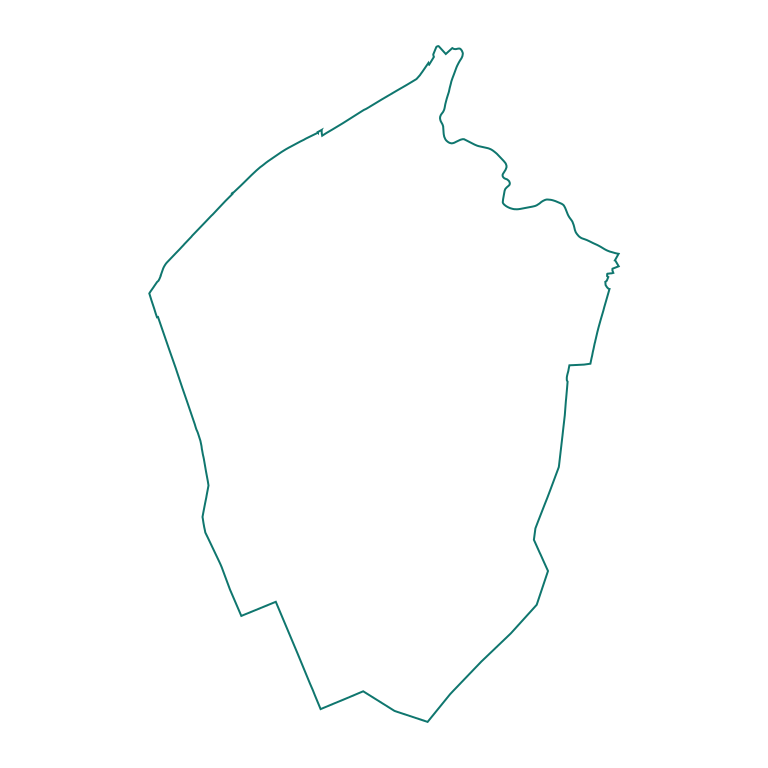 outline of Soest, Utrecht, Netherlands
{"feature_id": "6326949B26493124022578", "entity_name": "Soest", "entity_type": "district", "adm_level": 2, "iso_a3": "NLD", "parent_name": "Netherlands", "parent_adm1": "Utrecht", "projection": "mercator", "projection_center": [5.308, 52.157], "detail": "fine", "context": "isolated", "style": "outline", "palette": "teal", "viewbox_px": 768, "rotation_deg": 0, "n_neighbors": 0, "source": "geoboundaries", "source_scale": "gbopen_adm2", "svg_char_len": 5956}
<svg xmlns="http://www.w3.org/2000/svg" viewBox="0 0 768 768"><path d="M462.0,57.1L462.4,56.2L462.7,54.5L462.8,53.8L462.8,53.2L462.7,52.8L462.3,51.7L461.8,50.6L461.2,49.8L460.8,49.3L460.2,48.8L460.0,48.7L459.4,48.6L459.1,48.5L457.7,48.7L456.0,49.1L455.4,49.1L454.1,49.0L453.6,48.8L452.3,48.1L449.1,51.0L445.8,54.0L438.8,46.3L438.4,46.1L438.2,46.1L437.8,46.2L436.6,46.7L436.5,46.8L436.2,47.3L433.4,54.1L433.3,54.3L433.3,54.7L433.4,55.3L433.6,56.3L433.9,56.9L430.1,63.1L429.1,64.7L428.8,64.5L428.5,63.9L428.3,63.1L422.2,72.0L421.0,73.6L420.0,75.1L416.8,78.7L416.4,79.1L407.1,84.7L396.7,90.7L381.7,99.5L373.6,104.4L366.8,108.5L365.7,109.1L364.1,109.8L362.3,110.9L342.7,123.3L332.4,129.5L327.1,132.6L325.0,133.9L322.2,135.7L321.8,133.6L321.6,130.9L321.7,130.6L321.4,130.2L321.5,130.0L317.7,132.1L318.0,132.6L318.0,132.8L317.9,132.7L306.9,138.1L305.7,138.7L303.8,139.8L300.5,141.4L290.6,146.7L288.7,147.7L285.7,149.4L281.5,152.0L276.1,155.7L268.2,161.1L265.9,162.8L263.8,164.5L262.0,165.9L260.2,167.2L256.4,170.5L251.4,175.2L244.0,182.5L243.8,182.7L240.3,186.1L233.3,192.7L232.8,192.7L232.5,192.8L231.9,193.5L232.4,194.0L226.8,199.6L225.5,200.9L216.8,210.1L214.1,213.0L212.3,214.9L211.9,215.2L210.9,216.2L204.8,222.6L192.0,235.9L191.6,236.5L183.9,244.6L183.8,244.8L182.0,246.7L179.3,249.6L175.8,253.2L166.8,262.6L165.9,263.7L164.9,265.2L164.3,266.2L163.6,267.5L162.9,269.2L162.6,270.1L160.8,275.2L160.7,275.4L160.8,275.5L160.6,276.1L160.5,276.5L160.1,277.3L159.8,278.1L159.4,279.0L158.5,280.7L158.4,280.8L157.3,281.8L157.0,282.1L153.9,286.6L153.8,286.8L150.5,291.5L149.3,293.4L151.5,300.5L154.2,308.6L155.7,313.5L157.0,317.3L158.0,317.0L168.7,348.1L175.9,368.6L176.8,371.4L182.3,387.8L186.8,400.8L193.6,420.8L194.7,424.0L195.1,425.3L195.4,426.4L196.2,428.9L196.7,430.2L197.2,431.2L197.9,433.0L200.4,440.8L201.5,446.1L201.9,449.3L202.1,450.1L202.9,454.6L203.5,457.2L203.9,459.2L206.0,471.4L207.8,481.1L208.5,485.5L206.6,495.6L206.3,497.4L205.1,503.3L203.5,511.6L202.5,517.0L202.8,518.6L203.5,523.2L204.2,527.1L205.0,530.8L205.3,532.5L207.7,537.4L219.3,561.8L220.5,564.4L221.7,567.2L225.1,576.4L230.0,589.6L235.2,601.7L241.3,615.9L275.8,601.8L297.4,653.1L300.5,660.6L309.9,683.4L312.9,690.3L314.8,695.1L320.6,709.1L333.3,703.8L345.4,698.8L354.2,695.1L358.2,693.4L363.2,691.3L394.5,710.9L397.4,711.9L427.6,721.9L450.1,694.2L453.1,691.0L474.1,669.1L481.3,661.6L510.8,633.4L524.3,618.5L536.7,604.8L548.0,571.0L543.6,561.3L540.7,554.8L539.6,552.5L533.9,539.8L535.3,529.2L535.4,528.4L538.3,520.8L544.7,504.4L547.4,497.6L550.4,489.7L558.8,467.1L559.1,464.8L562.5,435.5L563.0,430.9L564.8,415.2L565.9,400.8L566.1,399.0L567.1,387.6L567.6,381.6L567.1,380.8L566.9,380.4L566.8,379.5L566.8,378.6L566.8,377.5L567.0,376.2L567.1,375.7L567.6,373.6L568.3,371.1L568.6,369.3L569.4,365.3L573.9,365.1L584.0,364.6L585.5,364.4L590.4,363.7L591.5,358.3L592.1,355.8L592.9,351.6L593.5,349.1L594.7,343.3L595.1,341.9L595.4,340.4L595.8,338.8L597.3,332.3L598.4,328.0L598.8,326.5L600.7,319.7L603.4,310.5L604.2,307.4L609.5,289.0L608.9,288.9L608.5,288.7L607.5,287.8L606.9,287.1L606.0,285.7L605.7,285.3L605.6,284.9L605.5,284.1L605.4,282.5L605.3,281.9L605.7,281.7L606.2,281.1L606.8,280.7L608.3,277.0L607.4,276.4L607.1,276.1L607.2,274.0L607.5,273.7L608.6,273.6L610.3,273.4L611.8,273.3L613.3,272.9L612.5,270.7L612.4,270.2L612.4,269.5L612.5,268.7L618.7,266.3L615.3,260.5L614.9,260.4L616.0,258.4L618.6,253.8L616.9,253.5L615.2,253.1L611.4,252.0L609.9,251.6L607.6,250.7L606.5,250.2L604.6,249.2L601.0,247.0L599.2,246.0L597.3,245.0L593.1,243.1L589.3,241.2L586.7,240.0L584.8,239.3L581.9,238.3L581.6,238.1L581.1,237.9L580.3,237.4L579.1,236.5L578.5,235.9L578.0,235.3L577.0,234.1L576.1,232.8L575.6,231.9L575.3,231.0L574.9,230.0L574.3,227.4L574.0,226.2L573.6,224.8L573.1,223.5L572.8,222.7L572.5,221.9L572.2,221.3L571.8,220.7L570.8,219.3L569.4,217.4L568.7,216.2L568.4,215.7L567.8,214.5L565.3,208.2L564.8,207.2L563.9,205.6L563.7,205.3L562.9,204.6L561.7,203.8L559.4,202.8L555.4,201.1L553.2,200.4L551.7,200.0L550.6,199.8L547.4,199.5L546.8,199.5L545.9,199.7L544.9,200.0L543.2,200.8L542.7,201.1L541.4,201.9L539.5,203.5L538.1,204.4L536.7,205.3L535.0,206.0L534.2,206.2L532.5,206.6L520.4,208.9L518.3,209.2L516.6,209.3L515.2,209.2L514.3,209.2L513.2,209.0L512.0,208.7L510.3,208.2L509.3,207.8L508.0,207.2L506.9,206.6L505.8,205.9L504.9,205.2L504.2,204.6L503.7,204.1L503.1,203.2L502.9,202.8L502.8,202.5L502.8,202.2L502.8,201.9L503.1,199.2L504.6,190.8L504.9,190.0L505.2,189.2L505.6,188.6L506.0,188.2L506.6,187.5L508.8,185.6L509.2,185.2L509.5,184.8L509.6,184.4L509.7,184.2L509.8,183.7L509.8,183.0L509.7,182.7L509.6,182.4L509.4,181.9L509.2,181.3L509.0,181.1L508.8,180.9L508.3,180.4L507.1,179.4L505.0,178.6L504.4,178.3L503.8,177.8L503.6,177.6L503.0,176.9L502.8,176.4L502.6,175.9L502.6,175.4L502.6,174.8L502.8,174.3L502.9,174.0L505.6,169.7L506.2,168.1L506.5,167.3L506.5,166.7L506.5,165.9L506.4,165.4L506.3,165.1L506.0,164.3L505.9,163.9L505.6,163.4L505.3,162.9L504.8,162.3L504.0,161.3L500.9,158.0L496.9,153.8L495.5,152.6L493.6,151.1L492.5,150.3L491.0,149.4L490.1,149.0L488.6,148.4L487.5,148.1L482.1,146.9L478.9,146.2L477.2,145.7L474.6,144.6L466.8,140.6L465.0,139.7L464.0,139.2L463.0,139.2L462.5,139.2L460.6,139.7L460.1,139.9L455.7,142.0L454.4,142.7L453.4,143.0L452.8,143.2L451.9,143.3L451.3,143.3L450.9,143.2L450.0,143.0L449.2,142.7L447.9,141.9L447.4,141.5L446.7,140.9L446.1,140.3L445.8,139.9L445.4,139.3L445.2,138.9L444.7,137.8L444.2,136.6L444.1,136.1L444.0,135.4L443.8,134.7L443.6,132.9L443.5,131.3L443.2,127.1L443.2,126.6L442.9,125.6L442.5,124.4L442.1,123.7L440.9,121.5L440.7,121.1L440.4,120.2L440.2,119.3L440.0,118.1L440.1,117.6L440.1,117.1L440.2,116.6L440.4,116.2L440.6,115.5L440.8,115.1L441.1,114.6L441.5,114.0L442.8,112.3L443.1,111.9L443.5,111.1L444.1,109.8L444.4,108.8L444.7,107.5L445.3,104.2L445.8,102.2L446.7,98.8L447.5,96.2L448.9,91.8L449.7,88.0L450.9,83.4L451.3,81.6L451.9,79.8L452.6,77.8L453.9,74.4L456.5,67.3L457.3,65.5L458.9,62.4L460.2,60.2L461.4,58.4L462.0,57.1Z" fill="none" stroke="#0f766e" stroke-width="2"/></svg>